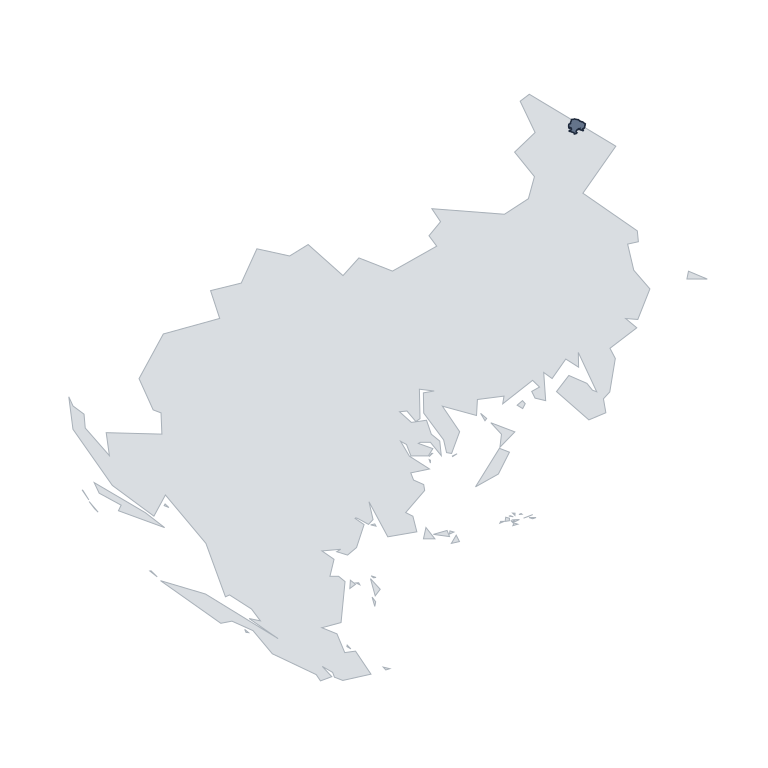 location of Karachay-Cherkess within Russia, rotated 185°
{"feature_id": "RUS-2280", "entity_name": "Karachay-Cherkess", "entity_type": "Republic", "adm_level": 1, "iso_a3": "RUS", "parent_name": "Russia", "parent_adm1": "", "projection": "orthographic", "projection_center": [41.758, 43.838], "detail": "fine", "context": "in_parent", "style": "filled", "palette": "slate", "viewbox_px": 768, "rotation_deg": 185, "n_neighbors": 0, "source": "natural_earth", "source_scale": "10m", "svg_char_len": 6387}
<svg xmlns="http://www.w3.org/2000/svg" viewBox="0 0 768 768"><g transform="rotate(185 384 384)"><path d="M689.9,311.8L696.9,343.8L691.9,335.0L680.2,327.8L677.8,314.1L651.3,288.7L656.5,311.3L600.9,314.7L603.6,335.8L611.7,338.1L628.5,368.0L608.2,414.6L553.4,435.0L564.9,461.9L535.0,472.1L522.4,507.6L489.2,503.3L471.7,516.3L434.3,488.4L420.0,507.4L385.4,497.2L343.5,525.9L352.1,535.6L341.8,550.6L351.6,562.8L278.8,563.6L256.3,581.2L252.2,603.7L274.1,626.4L255.4,647.7L273.0,677.6L264.5,685.3L173.8,641.1L202.5,591.4L145.0,558.6L143.0,547.9L153.5,544.6L145.1,519.1L127.4,501.9L136.8,470.4L149.0,470.3L137.1,462.0L162.0,439.3L155.8,429.6L158.4,395.8L164.1,388.4L160.5,374.7L176.8,366.1L211.5,391.5L200.6,408.6L181.9,402.3L175.8,396.0L171.4,394.8L193.2,432.4L191.6,417.7L205.1,424.7L217.0,404.1L225.9,409.4L221.5,381.5L232.3,383.1L236.2,389.5L228.8,394.5L236.3,400.6L264.0,374.6L263.4,382.4L289.6,376.7L289.1,360.7L323.9,367.0L304.5,343.1L310.6,320.7L315.7,321.1L319.7,333.5L341.9,358.5L344.0,378.6L333.4,381.4L348.3,381.9L345.1,352.6L349.0,349.4L358.8,359.1L366.1,357.7L353.4,348.1L338.5,351.6L332.5,338.1L323.5,332.0L320.7,317.6L332.7,330.0L342.7,329.1L344.6,327.8L329.7,323.9L333.6,316.2L350.9,314.7L356.3,325.7L362.5,328.4L352.4,314.3L331.3,303.3L349.6,297.8L346.2,290.9L335.7,287.3L334.2,281.5L351.2,257.8L343.7,254.8L338.4,239.6L366.9,232.1L388.7,265.4L383.1,248.0L387.2,242.8L398.5,247.8L400.5,248.2L401.1,247.6L391.6,242.2L397.1,218.7L405.4,210.4L416.5,212.8L412.7,215.6L431.3,212.3L418.5,205.0L421.1,187.7L412.5,188.5L405.6,183.8L406.0,142.6L424.7,135.8L409.1,131.0L399.7,113.0L389.1,115.4L371.7,93.8L399.2,85.1L407.8,87.6L410.0,92.2L420.9,97.3L410.5,87.9L421.4,82.7L426.2,88.6L471.7,105.5L493.0,126.9L514.8,134.5L525.7,131.4L589.5,168.6L543.5,159.2L467.3,121.1L497.9,138.6L486.5,137.3L496.4,148.3L519.5,160.4L523.4,158.2L547.5,209.7L592.1,254.4L601.7,232.3L645.8,259.3L689.9,311.8ZM283.9,289.5L263.4,330.0L253.1,327.0L262.2,304.3L283.9,289.5ZM590.0,221.8L637.5,234.6L635.3,240.4L658.2,250.4L664.1,260.5L610.5,235.0L590.0,221.8ZM249.5,347.7L263.0,331.1L262.6,344.2L274.2,354.7L249.5,347.7ZM380.5,188.9L369.9,179.2L374.3,172.2L380.5,188.9ZM305.4,237.7L321.7,238.5L308.4,243.6L305.4,237.7ZM295.1,233.6L303.0,231.1L298.9,239.7L295.1,233.6ZM319.8,234.2L331.2,233.2L329.7,244.7L319.8,234.2ZM377.3,170.7L373.3,166.3L373.8,161.6L377.3,170.7ZM71.1,516.7L91.4,515.0L90.5,522.9L71.1,516.7ZM228.8,264.6L233.3,262.5L224.4,266.9L228.8,264.6ZM394.9,182.0L400.2,177.3L400.4,185.6L394.9,182.0ZM249.5,374.5L244.6,379.5L241.6,376.7L243.7,371.6L249.5,374.5ZM237.3,260.8L241.1,258.5L243.8,259.9L237.3,260.8ZM251.4,257.7L251.1,261.9L247.3,261.2L247.2,258.7L251.4,257.7ZM255.8,257.3L252.1,257.7L256.5,255.4L255.8,257.3ZM280.2,356.2L285.2,363.2L278.7,358.6L280.2,356.2ZM305.7,240.2L305.5,243.4L301.5,242.6L305.7,240.2ZM238.5,256.0L243.3,254.1L242.3,256.9L238.5,256.0ZM357.3,99.3L360.1,101.9L353.4,100.9L357.3,99.3ZM224.2,262.7L227.9,263.6L220.9,264.2L224.2,262.7ZM309.6,318.2L305.1,320.9L309.3,317.7L309.6,318.2ZM379.6,241.7L385.0,242.5L381.0,243.8L379.6,241.7ZM393.9,117.2L398.1,119.2L397.9,120.7L393.9,117.2ZM246.6,263.8L243.6,263.0L248.1,263.3L246.6,263.8ZM243.4,256.9L245.8,259.1L242.3,258.1L243.4,256.9ZM657.6,231.4L661.4,234.5L667.5,241.2L657.6,231.4ZM242.1,264.5L244.7,266.6L242.2,266.7L242.1,264.5ZM332.7,315.6L330.6,319.1L329.6,319.1L332.7,315.6ZM499.8,124.5L501.4,127.4L497.2,124.5L499.8,124.5ZM390.6,181.9L394.6,183.4L391.9,183.8L390.6,181.9ZM587.5,242.2L592.4,243.7L591.6,245.4L587.5,242.2ZM593.1,172.1L601.0,177.3L599.8,177.6L593.1,172.1ZM238.2,265.8L236.1,266.9L235.1,266.3L238.2,265.8ZM330.9,309.3L332.4,312.6L331.1,312.1L330.9,309.3ZM377.6,190.0L380.1,191.8L375.1,190.6L377.6,190.0ZM674.5,251.5L667.9,242.8L675.6,252.3L674.5,251.5Z" fill="#d9dde1" stroke="#a8b0b8" stroke-width="1"/><path d="M209.0,662.5L208.8,662.4L207.6,661.5L207.4,661.3L206.5,661.0L206.1,660.7L206.2,660.2L206.2,659.9L206.3,659.9L206.3,659.7L206.4,659.4L206.2,659.3L206.2,659.2L206.3,658.9L206.3,658.7L206.4,658.4L206.5,658.3L206.5,658.2L206.4,657.8L206.4,657.6L206.4,657.4L206.9,656.7L206.9,656.3L206.9,656.2L207.0,656.1L207.3,656.1L207.5,655.8L207.6,655.7L207.8,655.7L208.0,655.7L208.3,655.5L208.3,655.4L208.2,655.2L208.1,654.6L207.5,654.1L207.5,653.9L207.9,653.6L208.0,653.6L208.6,653.9L208.7,654.0L209.1,654.0L209.3,654.1L209.5,654.2L209.9,654.1L210.0,654.2L210.0,654.3L210.3,654.3L210.8,654.4L211.0,654.4L211.2,654.5L211.2,654.8L211.1,655.0L211.1,655.3L211.3,655.1L211.5,655.0L211.4,655.3L211.4,655.5L211.5,655.5L211.7,655.4L211.8,655.3L211.8,655.2L212.0,655.3L212.3,655.4L212.5,655.3L212.5,655.2L212.8,654.9L213.0,654.7L213.1,654.4L213.2,654.2L213.3,654.2L213.8,654.1L213.9,653.9L214.1,653.6L214.2,653.3L214.5,652.9L214.6,652.6L214.6,652.3L214.6,652.1L214.5,651.8L214.5,651.7L214.4,651.5L214.3,651.4L213.9,651.2L213.7,651.1L213.8,651.0L213.8,650.9L213.9,650.7L214.3,650.5L214.4,650.4L214.5,650.3L214.5,650.2L215.1,650.0L215.3,649.9L215.7,649.7L216.2,649.6L216.3,649.7L216.3,649.8L216.3,650.0L216.5,650.4L216.5,650.5L216.6,650.8L217.1,651.0L217.3,651.1L217.5,651.1L217.8,651.1L218.0,651.2L218.3,651.3L218.8,651.3L219.3,651.5L219.7,651.7L219.8,651.7L219.8,651.8L219.8,652.0L220.1,652.2L220.5,652.0L220.9,651.9L221.0,651.8L221.5,651.9L221.6,652.3L221.5,652.5L221.4,652.5L221.2,652.6L221.0,652.8L220.5,652.9L220.5,653.0L220.4,653.0L220.1,653.4L219.8,653.7L219.7,653.7L219.5,653.8L219.4,654.0L219.5,654.4L219.5,654.6L219.7,654.8L219.8,654.9L219.8,655.0L220.0,655.3L220.0,655.5L220.4,655.7L220.5,655.7L221.1,655.6L220.9,655.3L220.9,655.2L221.0,655.0L221.1,654.9L221.5,654.8L221.8,654.8L221.9,655.0L221.6,655.3L221.6,655.5L221.8,655.6L222.1,655.6L222.3,655.6L222.3,655.8L222.2,655.8L222.0,656.0L222.3,656.1L222.4,656.3L222.5,656.4L222.5,656.6L222.4,656.9L222.4,657.0L222.5,657.2L222.6,657.5L222.5,658.7L222.5,658.8L222.4,659.0L222.2,659.1L221.6,659.4L221.4,659.4L220.9,659.6L220.8,659.8L220.8,660.0L221.0,660.2L221.0,660.3L221.0,661.0L220.7,661.7L220.4,662.2L220.3,662.4L220.4,663.0L220.4,663.5L220.0,664.0L218.5,664.1L218.3,664.2L217.6,664.6L217.4,664.7L217.1,664.7L216.8,664.6L216.6,664.4L216.3,664.4L216.1,664.4L215.5,664.4L215.2,664.4L214.7,664.3L214.4,664.2L213.8,664.3L213.5,664.3L213.2,664.1L212.9,663.8L212.7,663.6L212.2,663.5L212.1,663.4L211.9,663.0L211.8,662.9L211.6,662.8L211.0,662.9L210.7,662.8L210.4,662.6L210.2,662.4L209.9,662.4L209.0,662.5Z" fill="#64748b" stroke="#1e293b" stroke-width="1.5"/></g></svg>